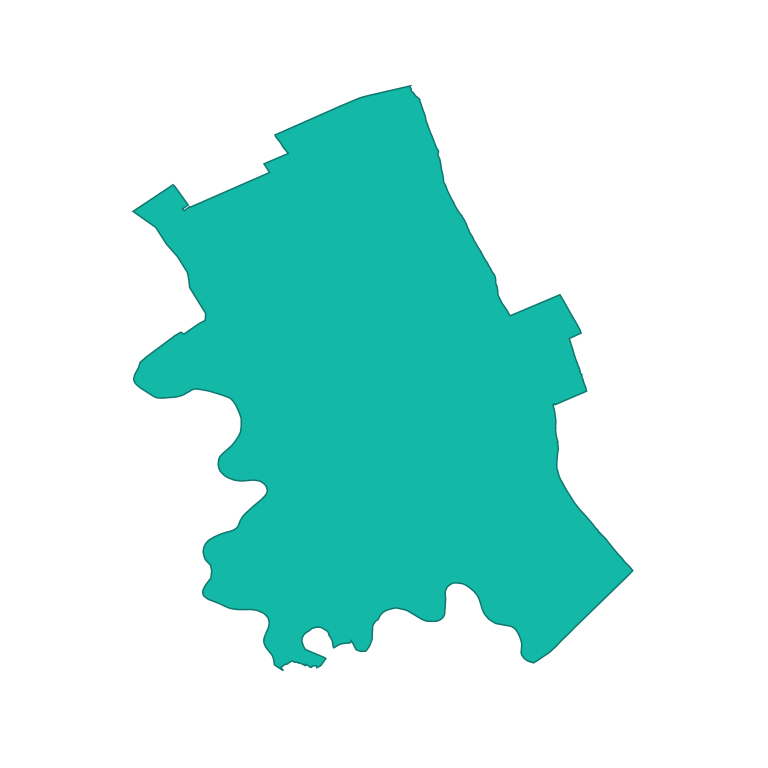 the district of Candesti, Botosani, Romania, rotated 9°
{"feature_id": "2599482B64349718392077", "entity_name": "Candesti", "entity_type": "district", "adm_level": 2, "iso_a3": "ROU", "parent_name": "Romania", "parent_adm1": "Botosani", "projection": "robinson", "projection_center": [26.21, 47.926], "detail": "fine", "context": "isolated", "style": "filled", "palette": "teal", "viewbox_px": 768, "rotation_deg": 9, "n_neighbors": 0, "source": "geoboundaries", "source_scale": "gbopen_adm2", "svg_char_len": 6156}
<svg xmlns="http://www.w3.org/2000/svg" viewBox="0 0 768 768"><g transform="rotate(9 384 384)"><path d="M575.4,636.0L579.4,632.6L589.6,623.0L594.9,616.3L599.3,609.8L605.2,602.0L610.0,595.2L643.1,551.0L654.4,535.9L658.9,529.4L655.6,526.4L650.4,522.7L644.9,517.7L641.5,515.2L631.5,506.3L627.3,502.3L619.6,496.6L619.2,497.0L619.1,496.5L618.8,495.9L617.7,494.7L615.3,492.9L612.2,489.9L605.7,484.3L596.2,476.7L590.7,471.5L580.1,459.4L574.5,452.1L573.7,451.3L572.9,450.1L570.9,446.7L569.0,442.3L568.0,440.4L567.7,439.4L567.0,434.8L566.8,431.7L566.4,428.4L566.3,421.5L566.2,420.2L565.3,417.0L564.4,415.1L565.0,414.5L562.8,409.6L561.8,406.8L560.7,403.2L560.6,400.8L560.0,398.8L559.9,396.6L559.4,393.0L556.8,384.4L555.9,381.9L554.8,379.8L554.2,377.6L555.6,377.0L556.2,377.7L585.2,359.4L583.7,355.6L581.7,352.5L579.0,346.9L577.9,345.3L578.1,344.5L578.0,343.7L576.6,342.9L576.3,342.4L575.3,339.8L573.7,336.6L573.1,336.2L571.6,333.1L569.8,330.1L566.7,324.2L565.6,321.5L559.9,310.1L570.7,302.8L569.3,300.1L563.9,293.1L559.2,287.5L550.2,276.1L543.8,268.3L497.9,296.9L497.3,296.3L495.1,293.4L491.8,289.7L487.8,285.6L483.0,278.7L482.4,277.6L482.1,275.4L480.7,270.7L478.5,266.7L478.3,266.0L478.1,263.9L477.3,261.4L476.6,260.0L475.4,258.3L473.6,256.7L472.1,254.7L471.4,253.6L468.5,250.3L467.8,249.0L466.3,247.2L465.5,246.6L461.1,241.2L458.9,238.0L455.1,233.8L453.5,231.7L450.7,228.3L448.1,224.5L444.7,220.7L444.0,219.2L442.2,216.7L440.4,213.2L438.3,210.5L437.2,208.8L436.0,207.6L434.5,205.6L431.9,203.4L428.2,199.3L425.7,196.0L424.8,194.4L421.7,190.7L417.9,185.2L416.4,183.0L413.5,177.8L411.2,175.1L410.8,172.7L409.7,169.2L408.9,167.0L407.4,163.6L405.5,157.5L403.8,152.9L402.3,150.9L401.4,148.8L401.2,148.1L401.6,146.4L401.3,145.3L400.4,144.1L399.2,142.9L397.2,139.7L392.7,131.7L391.7,130.3L388.5,124.9L387.0,122.0L384.2,117.1L383.1,113.7L381.5,110.4L380.5,108.9L379.1,106.1L377.9,104.3L377.3,102.6L374.9,98.5L374.8,97.4L373.7,96.6L370.3,94.6L368.8,93.2L367.6,91.8L365.7,90.9L365.1,90.2L364.8,89.7L364.7,88.3L363.2,86.6L363.2,86.0L363.5,85.4L322.7,101.9L317.5,104.2L314.9,105.5L298.4,115.7L237.4,155.1L238.3,156.6L244.3,162.2L247.3,165.9L253.4,171.3L231.0,185.3L237.9,193.0L164.8,239.8L164.1,239.4L159.7,244.1L157.7,242.6L162.6,237.8L146.2,221.3L144.5,220.2L109.1,252.8L134.0,265.0L147.4,280.0L160.1,290.5L172.3,304.5L174.2,309.2L177.0,319.2L196.9,342.3L197.4,349.2L193.1,352.3L189.0,356.0L178.5,366.1L176.1,364.8L174.6,365.0L171.9,367.5L170.5,368.4L145.3,394.2L139.7,400.8L139.3,404.6L138.9,406.4L136.8,412.3L136.2,414.6L136.0,417.5L136.2,418.9L137.1,420.8L137.7,421.6L139.5,423.3L144.2,426.1L157.8,432.0L159.5,432.6L161.7,433.1L167.0,432.7L180.7,429.4L185.8,427.1L187.7,426.0L195.1,420.0L196.3,419.2L197.6,418.6L199.7,418.2L201.7,418.1L211.0,418.3L214.1,418.6L225.5,420.2L232.7,421.6L234.4,422.2L235.5,422.9L238.3,425.2L240.9,428.0L244.0,432.6L245.9,435.7L248.0,439.6L248.4,440.6L249.6,448.0L249.8,453.8L248.4,458.6L246.5,462.7L244.9,465.8L243.6,468.0L241.4,470.9L235.5,478.0L234.2,479.9L233.0,482.3L232.6,484.1L232.7,488.6L233.2,490.6L234.5,493.8L236.1,495.9L237.4,497.0L241.0,499.5L243.1,500.4L245.4,501.2L251.6,502.4L257.1,502.2L259.4,501.9L270.1,499.3L274.4,499.2L276.2,499.3L277.5,499.6L279.4,500.4L282.5,502.3L283.9,503.9L285.2,506.6L285.4,507.8L285.4,509.0L285.2,510.2L284.9,511.2L283.7,513.5L280.3,518.1L274.9,524.2L269.3,531.1L266.4,534.9L265.2,537.0L263.4,541.4L262.2,547.0L261.8,547.8L260.6,549.7L257.9,552.1L254.2,554.0L251.6,555.0L246.0,557.9L240.1,561.7L235.6,565.5L234.5,566.8L232.8,569.7L232.4,570.8L231.8,572.9L231.5,576.2L231.8,578.6L232.6,580.7L233.5,582.8L234.9,585.2L235.8,586.2L240.3,589.5L241.0,590.3L241.5,591.4L242.8,594.7L243.1,596.2L243.4,602.6L239.3,610.3L238.5,612.1L237.5,615.8L237.5,617.5L237.6,618.6L238.5,620.6L239.4,621.6L242.3,623.3L244.3,624.2L254.6,626.4L264.2,629.1L266.8,629.6L269.9,629.8L273.8,629.7L276.7,629.4L288.3,627.5L292.9,627.4L294.1,627.5L299.3,628.7L301.0,629.3L302.4,630.1L305.2,632.2L306.1,633.3L307.0,634.8L308.0,637.8L308.1,640.7L307.9,642.8L306.1,649.8L305.3,653.9L305.4,656.4L305.9,658.2L306.5,659.5L307.7,661.4L308.8,662.9L315.8,669.2L316.9,670.9L318.2,673.7L319.8,678.6L327.7,682.2L328.8,682.6L329.0,682.5L328.7,682.0L328.1,681.5L326.9,680.0L326.7,679.6L326.8,679.4L328.4,678.2L329.9,676.6L332.7,675.5L333.2,674.6L336.7,671.8L337.0,671.8L338.1,672.5L339.1,672.7L340.1,672.7L341.3,672.3L343.0,673.0L344.1,672.8L345.7,673.0L347.3,673.6L349.2,673.9L350.3,674.6L350.6,674.5L350.7,674.2L350.4,673.2L351.2,673.2L352.6,673.7L355.7,675.3L356.6,675.2L357.6,673.9L358.4,673.4L361.0,673.0L361.4,673.3L362.2,674.7L365.7,671.9L369.0,665.3L369.5,664.3L367.9,663.5L348.2,658.6L345.9,656.2L343.2,651.3L342.9,647.5L344.1,644.2L344.7,643.2L347.2,640.6L348.4,639.8L350.1,637.8L351.3,636.6L354.2,635.2L357.1,634.4L359.3,634.3L361.0,634.5L363.5,635.7L366.2,636.7L366.8,637.1L368.0,638.5L368.3,638.9L368.9,640.7L370.5,642.3L372.7,645.3L373.7,647.3L374.0,649.0L375.0,651.5L375.5,652.4L376.4,651.9L379.7,649.0L382.3,647.4L386.7,646.0L389.8,645.3L391.2,644.9L391.9,644.0L391.6,642.7L392.1,643.0L394.3,645.5L395.7,647.8L397.1,649.5L397.8,650.6L400.2,651.4L402.8,651.6L406.0,651.2L407.4,650.8L408.2,650.2L410.5,645.5L411.4,642.3L411.7,640.4L412.2,638.2L411.2,630.6L411.2,628.7L410.7,626.1L410.7,625.4L411.0,623.7L411.2,622.9L413.0,619.4L413.5,618.8L414.9,617.8L415.2,617.4L415.9,614.6L416.6,612.8L417.7,611.1L419.2,609.3L420.9,607.8L422.7,606.7L425.4,605.4L430.2,603.4L432.9,603.3L439.6,603.7L442.7,604.3L458.0,610.4L460.5,611.1L462.6,611.5L465.3,611.4L471.2,610.5L473.0,610.0L474.6,609.3L476.6,607.9L477.7,606.8L478.5,605.7L479.2,604.5L479.9,602.3L479.3,594.7L478.5,586.7L477.4,582.4L477.0,579.9L477.4,576.8L477.8,575.8L478.7,574.0L480.2,572.2L482.1,570.7L484.0,569.6L486.6,569.1L492.9,568.9L496.7,570.0L500.5,571.8L504.9,574.5L508.7,577.7L510.0,579.2L511.4,581.3L513.6,585.4L515.2,588.9L516.5,591.4L518.0,593.9L519.8,596.0L524.1,599.7L526.4,600.9L531.3,602.9L532.3,603.1L547.1,603.4L549.8,604.3L552.1,605.7L553.3,606.8L555.8,609.7L558.0,613.1L560.1,617.5L560.7,619.3L561.0,621.7L561.4,627.7L561.8,628.9L562.8,630.5L564.4,632.3L566.1,633.5L568.3,634.7L571.2,635.5L575.4,636.0Z" fill="#14b8a6" stroke="#0f766e" stroke-width="1.5"/></g></svg>